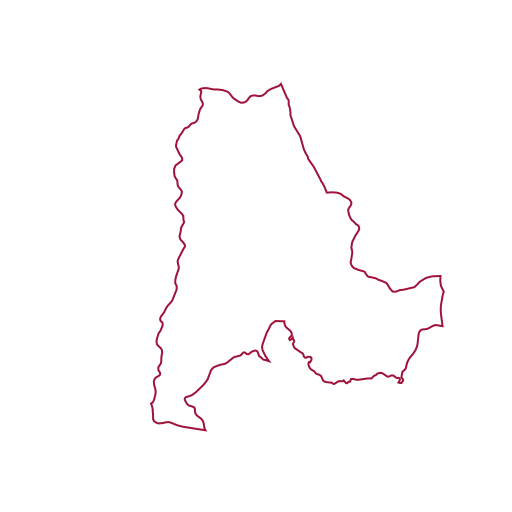 an SVG outline of Bié, rotated 156°
{"feature_id": "AGO-1886", "entity_name": "Bié", "entity_type": "Province", "adm_level": 1, "iso_a3": "AGO", "parent_name": "Angola", "parent_adm1": "", "projection": "orthographic", "projection_center": [17.419, -12.443], "detail": "fine", "context": "isolated", "style": "outline", "palette": "rose", "viewbox_px": 512, "rotation_deg": 156, "n_neighbors": 0, "source": "natural_earth", "source_scale": "10m", "svg_char_len": 6125}
<svg xmlns="http://www.w3.org/2000/svg" viewBox="0 0 512 512"><g transform="rotate(156 256 256)"><path d="M174.8,80.8L176.2,81.5L177.3,82.4L175.7,83.6L175.0,84.2L174.7,85.0L175.0,86.3L175.7,86.9L176.6,87.1L177.3,87.5L178.9,90.5L179.8,91.4L180.8,91.8L183.3,91.8L184.4,92.0L185.4,92.9L188.0,97.2L189.2,98.2L190.9,99.0L193.0,99.2L195.0,98.4L196.6,98.6L200.3,97.2L203.8,98.7L213.5,101.5L215.0,102.4L216.7,103.8L219.2,105.0L220.3,104.0L221.1,102.9L222.8,103.5L224.5,102.7L225.5,103.4L226.5,106.7L227.7,106.4L229.0,106.9L230.4,107.6L231.6,108.0L236.6,107.3L237.3,107.6L238.3,109.4L243.2,112.3L244.9,113.8L245.4,115.3L245.3,118.6L245.5,120.2L246.5,121.7L248.9,124.0L249.8,127.1L252.0,130.2L252.5,132.1L252.3,135.3L251.8,136.6L250.6,137.6L249.9,136.9L247.6,138.5L246.8,140.2L247.4,141.7L249.3,142.7L250.9,142.8L251.7,142.6L252.4,143.0L253.1,144.6L252.9,146.4L252.9,147.7L253.4,148.7L254.6,150.4L258.1,156.1L258.4,157.7L258.2,158.3L258.1,159.0L258.1,160.3L257.9,160.9L257.3,161.4L256.0,162.2L255.6,163.0L255.8,165.2L255.6,166.5L256.7,165.8L258.2,165.3L259.3,165.5L259.4,167.0L258.8,167.6L256.4,168.6L255.6,169.0L254.7,171.1L255.0,173.4L257.5,178.8L257.7,179.9L257.7,181.0L257.5,182.5L257.0,184.2L256.7,184.8L257.1,185.0L264.7,188.7L269.0,187.7L270.5,187.1L274.8,183.5L277.0,182.0L285.8,172.8L287.5,170.4L288.3,167.6L288.1,161.0L286.9,154.6L289.7,157.1L290.9,157.9L291.5,158.5L291.8,158.9L292.6,161.3L293.4,162.4L293.9,163.6L293.9,163.8L293.5,167.1L293.5,167.6L293.6,167.9L293.9,168.7L294.5,169.5L295.3,170.0L295.8,170.1L298.8,170.3L301.6,169.5L302.8,169.4L303.1,169.4L303.7,169.8L304.4,170.3L304.6,170.7L305.2,172.1L305.7,172.5L306.3,172.9L307.0,172.8L307.9,172.6L309.6,171.8L310.5,171.5L311.3,171.5L312.4,171.8L314.6,172.0L316.1,172.5L317.4,172.5L319.2,172.1L326.1,170.3L328.5,170.2L333.1,171.2L337.6,171.5L339.9,171.5L342.0,170.8L343.8,169.7L350.0,163.3L351.9,162.0L356.7,159.5L366.4,156.0L371.0,155.0L373.2,155.0L377.2,155.6L378.8,155.0L379.6,153.6L379.4,151.6L379.3,149.7L378.9,148.2L378.3,146.9L377.6,146.2L376.0,145.0L374.0,142.8L374.0,141.0L374.9,139.2L375.4,136.6L374.8,134.2L372.2,129.4L371.6,126.9L371.9,124.3L373.1,119.9L373.0,117.3L392.3,129.8L396.6,133.2L401.0,137.8L403.0,139.6L405.2,140.5L410.1,141.6L413.2,142.7L415.0,144.4L416.3,146.5L416.4,148.7L414.4,153.3L413.7,155.7L412.7,157.9L412.0,161.6L411.9,163.9L409.8,164.3L408.4,165.4L407.1,166.7L403.7,171.2L402.7,173.2L402.1,175.4L401.4,180.0L400.4,182.9L398.7,184.8L396.9,185.7L393.9,186.0L392.4,186.3L391.4,187.3L391.2,189.1L391.6,191.1L390.8,193.7L389.1,195.0L386.7,196.5L385.5,198.1L383.3,202.6L381.3,205.4L380.3,207.9L380.4,210.3L382.0,214.0L382.3,214.9L382.3,216.0L381.7,218.3L380.4,220.4L376.6,224.8L375.9,225.3L373.5,226.7L370.4,229.7L369.0,231.5L368.7,232.6L368.7,233.6L369.3,234.7L369.6,236.0L369.1,237.7L367.6,239.3L362.7,242.0L359.6,244.7L357.0,246.4L352.1,248.5L350.0,250.0L342.1,257.7L340.6,261.1L340.9,263.7L340.3,265.3L339.1,267.4L337.6,269.5L331.7,275.9L330.7,278.3L330.5,280.2L329.8,283.0L328.2,284.9L319.2,292.2L317.1,293.4L316.5,295.4L316.9,297.4L318.4,302.1L318.0,304.9L314.8,309.1L313.3,311.8L311.9,313.2L309.5,314.8L307.7,316.4L307.7,318.1L306.1,322.4L306.5,324.5L308.6,329.9L309.3,333.9L308.8,336.4L307.1,337.9L303.1,339.7L301.8,340.3L300.1,341.5L298.6,343.2L297.4,345.2L297.8,347.4L298.5,349.7L298.9,351.9L297.6,355.9L297.2,357.5L297.6,358.9L297.9,361.9L296.9,365.5L295.4,368.9L292.5,371.5L284.7,373.3L283.7,375.2L283.7,377.2L284.4,379.5L284.6,388.1L284.4,389.0L283.9,389.8L282.0,392.5L281.3,393.3L280.6,393.9L280.1,394.0L279.5,394.4L278.7,395.1L277.4,396.5L276.0,397.5L274.9,397.9L274.1,398.3L270.1,401.1L269.1,401.5L268.6,401.6L266.4,401.3L265.3,401.4L261.6,403.0L261.2,403.1L260.7,403.1L257.8,402.8L257.0,402.9L256.1,403.2L254.7,403.9L254.0,404.4L253.5,404.8L250.7,409.0L247.8,412.4L247.2,412.9L243.4,415.4L243.0,415.9L242.6,416.8L242.4,417.9L242.7,421.3L242.5,422.6L242.2,423.6L241.9,424.5L239.2,428.3L239.0,428.7L239.1,429.4L239.3,429.7L240.0,431.0L238.5,431.2L236.9,431.0L234.6,430.3L232.2,429.1L226.8,425.3L223.8,424.0L218.9,421.1L215.0,417.5L214.1,415.5L213.0,411.0L212.2,408.9L209.3,404.3L207.9,402.7L206.9,401.9L204.8,401.2L202.7,401.1L200.1,402.0L199.3,402.6L197.7,403.5L195.7,404.2L193.6,403.9L191.8,403.2L188.8,401.1L186.9,400.3L184.4,400.0L181.5,400.7L178.5,402.0L174.4,402.5L166.0,402.1L165.0,402.3L163.2,403.1L163.4,387.7L163.0,386.3L162.9,385.7L163.0,385.0L163.1,384.3L163.5,383.2L164.3,381.7L164.5,381.1L164.7,380.2L164.7,378.6L165.3,376.0L165.6,375.1L165.9,373.6L166.1,373.1L167.2,370.9L167.3,370.4L168.4,359.9L168.4,358.9L167.4,350.9L167.0,348.9L167.0,347.0L168.9,333.9L168.8,328.8L168.3,326.1L168.5,325.0L168.8,324.2L168.8,323.6L168.7,322.7L167.0,314.3L166.0,299.6L166.1,297.8L165.5,295.1L165.3,290.5L165.6,285.3L165.4,285.0L161.4,283.6L157.0,281.4L155.0,279.9L153.1,278.0L151.7,275.0L148.4,271.0L147.4,269.0L147.1,266.5L147.5,265.1L149.0,263.6L151.9,261.8L152.6,261.2L153.3,260.0L153.8,258.0L154.3,255.4L154.3,252.8L154.0,250.1L152.6,247.2L151.7,244.4L150.4,242.6L150.1,241.6L150.1,240.6L150.4,239.6L150.5,239.1L150.8,238.6L152.3,237.2L154.8,235.5L156.5,234.5L161.8,230.2L163.1,228.7L165.6,224.6L165.9,222.4L166.7,219.7L167.9,218.0L170.6,213.8L171.9,212.1L172.2,211.7L172.5,209.1L172.4,207.9L171.8,205.9L171.4,205.1L170.7,204.3L169.2,202.9L168.4,201.9L163.7,198.0L163.1,197.3L163.0,196.8L163.0,195.6L162.5,192.9L161.9,191.5L161.0,190.8L156.2,187.4L155.1,186.3L154.5,185.5L154.1,184.8L153.3,183.9L151.3,182.3L149.7,180.3L148.4,179.1L148.0,178.5L147.8,178.0L147.0,173.5L147.0,172.2L146.8,171.4L146.4,170.5L145.7,168.0L144.7,167.4L142.9,166.6L138.3,166.3L134.9,165.2L123.9,163.1L118.7,165.0L117.3,165.8L110.1,166.8L107.2,166.5L103.1,165.7L95.6,162.7L97.8,158.3L99.2,153.5L99.0,147.0L101.4,144.2L107.0,135.9L108.8,132.5L110.4,128.5L114.1,116.0L119.0,119.3L120.8,120.1L123.0,120.2L128.5,119.7L131.7,120.4L133.1,121.0L134.2,121.2L135.8,121.2L137.6,120.3L139.2,118.5L144.4,109.6L146.2,107.4L148.4,105.3L151.7,103.1L156.9,100.5L159.2,98.9L161.4,97.0L164.9,92.4L166.9,91.4L169.0,90.8L169.3,90.7L169.8,90.1L172.2,86.5L172.6,85.9L172.6,85.5L171.9,83.6L172.2,82.4L174.8,80.8Z" fill="none" stroke="#9f1239" stroke-width="2"/></g></svg>